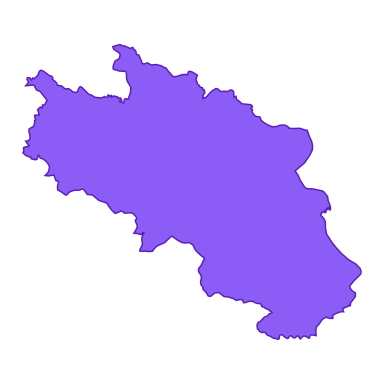 Doan Hung, Phú Thọ, Vietnam (Mercator projection)
{"feature_id": "81297802B97239523369157", "entity_name": "Doan Hung", "entity_type": "district", "adm_level": 2, "iso_a3": "VNM", "parent_name": "Vietnam", "parent_adm1": "Phú Thọ", "projection": "mercator", "projection_center": [105.154, 21.615], "detail": "fine", "context": "isolated", "style": "filled", "palette": "violet", "viewbox_px": 384, "rotation_deg": 0, "n_neighbors": 0, "source": "geoboundaries", "source_scale": "gbopen_adm2", "svg_char_len": 5857}
<svg xmlns="http://www.w3.org/2000/svg" viewBox="0 0 384 384"><path d="M307.1,130.1L305.9,130.3L299.9,128.3L292.8,128.5L288.6,128.1L288.5,127.3L288.0,126.8L285.3,125.2L282.2,125.0L279.2,125.4L276.6,126.6L271.9,126.7L267.6,124.8L263.3,122.2L261.3,120.3L260.6,119.1L260.0,117.0L255.8,116.3L254.0,114.8L251.9,111.8L252.6,109.6L251.0,108.7L250.9,108.2L252.5,106.9L252.1,106.0L250.8,104.7L242.0,103.8L239.4,101.4L236.8,99.6L235.9,96.3L234.0,97.2L233.6,91.6L231.9,90.1L230.3,90.0L228.2,91.3L227.2,91.5L224.3,91.2L221.2,91.7L217.7,88.9L215.9,88.5L212.5,90.6L210.3,92.6L206.2,97.1L204.7,98.1L204.0,97.6L203.0,98.4L202.8,97.2L203.3,94.9L203.6,94.2L204.7,93.5L204.7,91.5L203.8,90.8L204.3,89.9L204.0,89.5L203.1,89.6L202.5,89.1L202.3,87.7L200.2,87.2L199.1,85.2L198.2,84.8L197.4,83.8L197.2,82.3L196.3,81.4L196.5,80.6L196.0,78.9L197.4,75.3L196.1,74.3L191.7,71.8L189.4,71.3L188.5,71.7L187.4,74.7L184.9,74.4L181.8,74.7L176.4,76.5L173.7,76.7L172.3,75.9L170.6,73.6L168.2,71.2L166.0,68.0L164.4,67.5L161.4,65.8L156.0,64.5L151.3,65.0L147.6,62.9L144.1,63.9L142.6,63.7L141.7,62.3L141.1,60.1L138.9,55.2L138.3,54.8L137.1,54.7L136.3,54.0L135.8,51.2L135.3,50.4L133.8,49.5L132.9,47.5L131.6,47.7L130.1,48.7L128.8,47.7L126.3,46.9L124.5,45.8L122.3,46.2L121.1,44.8L119.2,44.7L112.8,46.6L113.4,48.7L114.2,49.6L119.6,53.2L120.1,55.0L119.4,58.0L118.6,59.0L115.5,60.7L114.8,61.6L113.2,66.0L113.1,68.6L113.7,69.4L119.2,71.0L125.3,71.4L126.0,71.9L126.3,72.7L126.7,79.3L127.7,82.0L130.6,86.8L130.7,87.6L130.8,89.6L130.3,93.1L128.5,98.1L127.7,99.5L126.2,98.7L124.7,99.0L124.3,99.6L123.7,102.9L123.2,103.0L122.0,102.0L120.5,102.2L119.8,102.0L119.8,100.9L121.6,100.4L121.4,99.3L120.4,97.9L119.7,97.8L118.3,98.9L117.5,96.7L116.8,96.5L115.8,96.9L114.3,95.9L112.2,96.9L110.7,97.0L110.4,96.4L111.7,95.8L111.6,95.4L109.5,96.0L108.1,94.9L107.7,95.3L108.1,96.1L108.0,96.6L106.5,97.2L105.4,97.2L104.5,96.5L101.5,98.0L94.9,97.3L91.3,95.0L88.7,94.2L81.7,87.2L80.4,86.7L79.6,87.0L78.4,89.2L77.4,91.8L76.1,92.5L72.6,91.8L70.0,89.5L68.4,88.7L65.1,88.9L61.6,86.0L57.4,85.3L56.7,83.2L55.3,81.5L52.3,79.3L52.9,77.9L51.5,76.1L49.2,75.5L44.7,72.0L42.1,70.5L40.3,70.4L39.3,71.4L38.0,75.0L36.4,76.8L33.9,78.8L32.7,78.0L31.5,80.0L30.7,79.5L30.1,78.0L27.3,77.7L27.0,79.3L28.5,82.4L25.8,85.8L33.8,85.0L36.5,89.9L37.0,90.4L39.3,90.9L40.8,92.3L47.0,100.2L44.9,104.3L43.8,105.0L42.4,105.0L42.4,107.8L41.9,108.0L40.3,107.1L37.6,109.6L39.3,115.0L36.3,115.0L34.5,115.5L35.5,119.9L34.6,120.6L34.5,123.3L34.0,125.4L32.7,127.1L30.5,128.0L29.0,129.2L29.0,132.0L30.0,135.5L30.0,138.5L29.8,139.4L27.8,141.0L25.8,141.0L27.2,143.5L29.2,145.8L28.5,146.3L24.1,147.3L23.5,147.9L23.8,151.1L23.0,152.8L23.4,153.5L24.8,154.4L25.5,155.3L31.1,157.5L31.1,158.7L35.3,159.8L36.9,159.3L38.3,155.3L38.8,155.2L40.1,158.0L42.8,158.9L45.2,160.5L47.2,162.6L49.0,165.4L49.5,167.7L48.5,171.5L47.2,173.5L45.1,175.5L48.5,175.9L53.9,175.1L56.0,180.7L57.8,181.3L58.5,182.2L57.5,186.0L57.6,189.9L61.5,192.0L65.5,195.0L66.8,195.0L69.0,192.4L71.0,191.3L73.9,190.4L79.4,190.1L82.8,188.9L84.0,189.8L87.3,194.4L92.5,195.0L98.8,200.4L106.3,202.9L107.4,203.9L108.6,206.1L111.7,210.1L115.0,213.4L116.9,212.9L121.2,211.0L121.8,211.1L124.7,213.2L129.9,212.8L132.0,213.0L133.2,213.7L135.9,216.6L136.5,217.7L136.7,218.9L135.4,220.1L135.4,221.3L137.2,225.2L137.2,226.5L136.9,228.1L133.9,233.3L137.1,233.5L140.6,234.5L141.4,234.3L142.9,232.6L143.4,232.4L144.0,232.8L142.7,234.7L142.1,236.7L141.8,239.4L142.4,244.0L141.9,245.6L139.9,249.8L139.9,251.2L146.5,251.2L148.6,251.6L152.3,251.3L153.3,250.2L154.3,248.6L156.9,246.1L164.8,242.5L171.0,236.5L172.0,236.3L178.3,240.6L181.4,242.3L184.3,243.0L189.1,242.6L191.1,243.6L193.4,245.7L194.8,249.1L197.3,252.1L201.4,255.9L204.5,258.1L201.3,265.2L198.6,268.6L198.5,271.5L201.3,275.8L201.3,278.4L200.5,282.0L200.9,284.1L201.4,285.4L202.7,286.8L203.1,289.5L206.5,292.9L208.0,295.8L209.6,296.4L211.0,296.1L214.6,293.1L218.1,292.5L219.0,292.7L224.2,296.6L229.5,297.2L230.8,297.9L232.6,298.2L236.3,300.4L239.9,299.6L242.1,299.7L242.6,300.2L243.4,302.5L243.8,302.8L245.3,302.6L248.6,301.4L251.3,301.3L252.5,301.4L256.3,303.2L258.0,303.6L260.0,303.4L260.9,304.4L261.9,306.6L264.2,307.3L265.4,308.4L268.7,309.7L270.1,311.1L272.1,312.3L270.6,313.5L268.9,314.0L268.0,315.4L266.9,316.3L265.4,316.6L263.7,317.7L260.9,320.9L259.9,321.7L258.7,322.1L257.7,323.1L257.0,325.2L257.4,328.7L259.6,331.3L261.4,332.5L264.5,332.3L265.3,332.7L266.8,334.7L267.8,335.4L270.0,336.1L273.3,338.1L278.3,339.3L279.2,338.6L279.4,336.1L279.7,335.4L281.1,334.7L282.5,335.0L285.6,337.7L287.5,338.5L288.4,338.1L289.2,336.5L290.2,335.8L291.2,335.8L293.0,337.5L293.9,337.9L295.1,337.8L297.3,335.9L298.0,335.8L300.2,338.9L303.0,336.3L303.6,336.1L305.5,336.2L309.0,338.2L309.4,338.1L310.0,336.0L310.9,335.0L311.6,334.8L316.1,335.6L315.8,330.0L316.5,326.7L318.9,324.3L321.7,320.2L323.2,318.8L325.5,317.5L326.9,317.5L329.6,318.3L332.6,318.5L333.0,318.0L332.5,315.8L333.1,315.1L336.6,313.2L340.7,311.8L343.7,311.8L342.5,308.8L342.9,308.2L343.8,308.3L344.7,307.2L345.5,307.4L347.9,306.5L348.5,305.3L349.9,306.0L350.3,305.6L350.6,302.9L355.3,296.6L355.5,293.1L352.3,290.9L351.0,289.4L350.1,287.9L349.8,285.8L354.1,280.6L359.7,275.2L360.9,273.4L361.0,271.4L360.7,270.0L359.8,268.1L356.2,264.3L348.6,259.7L341.8,253.8L336.6,248.2L332.4,243.0L326.6,234.2L325.4,227.7L325.4,222.4L325.1,221.1L323.4,217.9L320.6,215.2L321.7,213.5L321.4,212.5L322.1,212.3L323.2,211.4L323.7,212.1L324.6,211.6L325.2,212.7L326.0,212.0L326.1,211.7L325.2,210.5L327.1,209.7L326.2,209.0L326.4,208.5L327.6,208.8L327.2,208.1L328.4,207.4L329.5,208.1L329.1,208.8L329.3,209.4L329.8,209.1L330.1,209.8L330.6,208.8L330.3,206.2L328.1,200.4L327.6,196.7L324.0,192.0L322.2,190.9L313.4,189.0L307.4,188.7L305.6,188.0L304.1,186.4L300.3,180.3L298.0,175.2L295.1,170.9L304.6,162.8L309.8,155.2L312.2,150.2L312.6,147.0L312.3,144.2L311.5,141.0L309.7,137.3L307.1,130.1Z" fill="#8b5cf6" stroke="#5b21b6" stroke-width="1.5"/></svg>